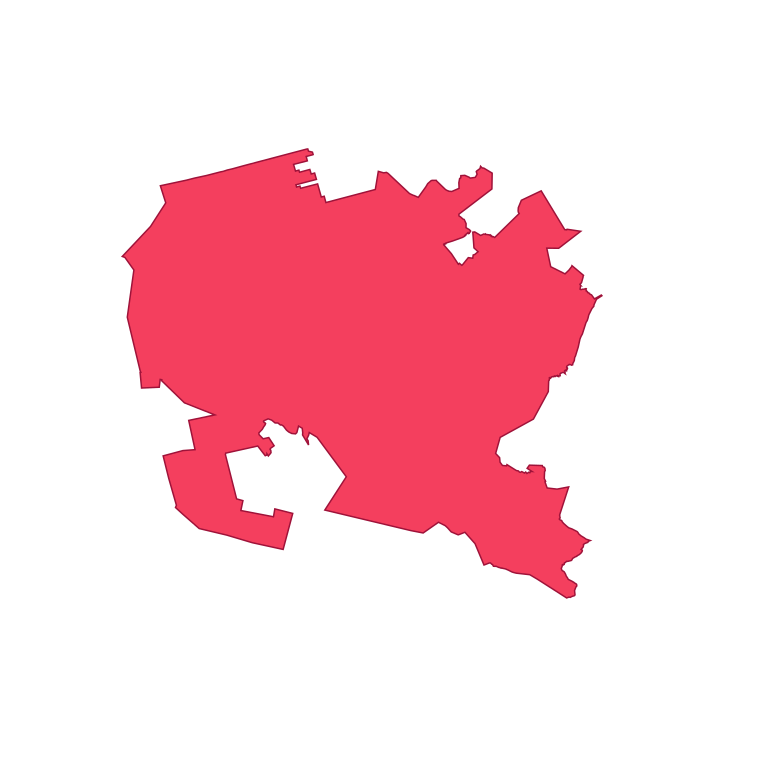 the district of Poanas, Durango, Mexico, rotated 158°
{"feature_id": "50627088B41464185473090", "entity_name": "Poanas", "entity_type": "district", "adm_level": 2, "iso_a3": "MEX", "parent_name": "Mexico", "parent_adm1": "Durango", "projection": "robinson", "projection_center": [-104.124, 24.035], "detail": "fine", "context": "isolated", "style": "filled", "palette": "rose", "viewbox_px": 768, "rotation_deg": 158, "n_neighbors": 0, "source": "geoboundaries", "source_scale": "gbopen_adm2", "svg_char_len": 6135}
<svg xmlns="http://www.w3.org/2000/svg" viewBox="0 0 768 768"><g transform="rotate(158 384 384)"><path d="M578.9,600.3L576.8,598.4L573.2,583.4L597.0,542.1L605.1,487.9L605.1,485.9L605.8,486.1L610.3,471.1L593.6,465.2L589.8,472.1L588.4,471.2L588.9,470.3L576.1,441.3L552.4,418.7L578.7,423.4L583.8,393.9L595.4,397.6L615.7,400.1L618.9,377.5L621.9,349.3L623.6,347.6L619.1,338.2L609.5,319.2L586.4,302.8L565.6,286.2L539.5,268.4L517.1,298.2L532.0,309.1L536.2,302.3L564.1,320.3L558.5,328.7L563.7,332.7L557.5,377.9L556.7,379.2L524.3,373.8L521.0,362.0L519.3,362.0L518.7,363.2L518.2,360.6L515.1,362.2L514.4,362.8L513.8,365.0L514.2,366.0L513.5,366.8L509.0,367.9L510.9,377.5L516.6,378.5L518.8,383.8L518.4,385.5L513.8,387.6L511.4,389.5L510.0,390.3L508.6,391.6L508.7,392.3L509.6,393.3L509.5,393.6L509.8,394.3L509.3,394.9L504.5,395.1L501.7,392.6L499.6,388.7L497.0,387.6L495.4,384.8L494.4,384.6L493.0,382.6L491.7,377.8L490.3,375.2L488.1,372.7L484.7,370.9L483.0,371.6L479.0,377.0L476.4,373.6L477.6,369.3L478.6,367.3L476.8,355.7L475.6,359.9L476.1,362.0L473.0,364.8L471.5,367.0L466.0,359.7L453.7,312.1L486.1,289.3L414.0,238.0L403.5,231.2L385.3,235.4L380.3,229.7L379.0,227.0L377.1,221.7L372.0,216.6L371.5,216.3L364.5,216.2L359.4,201.9L359.1,178.7L353.5,178.6L352.3,178.2L351.6,176.5L351.0,176.0L350.8,174.0L348.2,172.9L346.5,171.1L345.6,170.5L344.3,169.3L343.7,169.3L343.1,168.7L340.7,167.1L338.4,164.8L335.8,161.8L334.6,160.8L332.3,159.1L320.3,152.6L314.8,145.4L294.8,117.2L292.3,117.1L291.2,116.4L289.3,116.6L286.7,116.4L285.9,116.9L284.7,121.1L282.1,123.9L281.0,124.4L280.6,125.3L280.5,126.2L280.6,126.5L282.1,128.5L282.4,129.3L283.0,129.8L283.4,130.5L286.4,133.9L286.4,135.0L287.0,137.8L286.9,139.5L287.2,141.9L287.4,142.6L287.9,143.2L288.0,143.5L288.6,144.1L288.8,144.8L288.7,146.6L287.3,148.0L286.9,148.7L286.5,149.2L286.5,149.5L286.1,149.7L285.6,149.4L285.6,149.2L285.3,149.0L284.7,149.5L284.4,149.4L283.9,150.4L283.5,150.6L282.6,150.5L281.5,151.1L281.1,151.2L280.1,150.7L276.5,150.2L275.7,150.5L274.5,151.6L271.4,152.1L269.8,152.0L269.4,152.4L266.7,152.7L264.1,153.7L262.8,154.8L262.5,155.2L262.5,155.9L263.2,156.8L262.0,157.5L261.5,157.6L261.3,157.9L260.6,158.1L259.6,159.3L259.2,160.5L257.2,160.9L255.2,160.8L255.0,161.0L254.4,160.8L253.2,161.6L251.4,161.6L254.8,164.5L256.1,166.6L258.2,169.4L259.6,172.1L259.8,173.7L260.2,174.8L260.7,175.4L264.1,179.3L266.6,181.5L267.8,183.6L269.7,187.5L270.4,189.6L270.3,190.3L270.6,191.1L271.5,191.8L272.1,192.9L272.0,193.2L271.4,193.7L271.0,193.7L270.8,194.0L270.6,195.4L270.2,196.5L270.3,196.7L251.3,219.4L262.9,221.7L271.7,226.5L271.4,233.0L270.6,233.2L270.8,236.3L267.9,242.7L267.2,243.1L266.9,243.5L266.4,245.5L266.6,246.7L267.9,247.8L267.8,249.1L279.6,254.3L282.9,252.2L279.5,247.4L280.8,248.0L282.0,247.1L282.5,248.0L285.0,247.5L285.6,249.3L287.1,248.8L289.1,251.2L290.7,251.0L291.5,251.7L291.9,253.0L293.7,254.2L300.2,263.2L301.0,262.2L304.7,264.1L305.7,268.0L304.4,272.4L306.5,277.8L296.3,291.0L258.6,295.5L234.5,315.4L230.2,325.1L229.5,325.5L228.5,327.2L228.3,327.9L228.1,327.9L227.7,326.9L227.2,327.0L226.4,327.7L225.9,327.6L225.6,327.8L224.6,327.6L224.1,327.2L223.4,327.2L223.1,327.6L222.8,327.5L222.8,327.1L222.5,326.8L221.3,327.1L220.2,326.8L220.0,327.0L219.8,326.8L220.4,326.4L220.1,326.1L220.0,326.3L219.7,326.2L219.5,325.7L219.2,325.4L219.0,325.7L218.1,325.9L217.5,325.7L217.1,327.3L216.3,327.8L215.8,327.7L214.4,327.8L213.5,327.6L212.7,326.9L212.6,326.4L212.2,325.8L212.2,326.2L211.9,326.6L211.6,327.5L211.7,328.5L210.9,328.8L209.9,327.9L209.5,329.1L209.1,329.1L208.9,328.9L208.4,329.6L208.2,329.5L207.9,329.9L208.0,330.4L208.5,330.6L208.5,330.9L207.9,332.0L207.3,332.1L205.4,332.7L205.0,332.5L204.8,332.7L203.5,331.8L203.1,331.2L201.9,331.1L201.3,332.2L198.8,334.4L197.3,337.1L196.0,338.2L190.0,345.6L185.5,352.2L183.6,354.2L181.3,356.1L173.6,365.4L171.8,366.7L170.2,368.6L168.2,371.4L162.9,376.1L160.3,377.5L159.7,378.7L155.2,383.0L148.9,384.2L149.2,385.1L157.0,384.1L158.2,388.9L159.5,390.3L159.6,390.7L159.5,391.1L160.1,391.7L160.5,392.3L160.8,392.4L160.8,393.3L161.1,393.5L161.3,394.6L161.6,394.7L161.3,395.3L161.4,396.0L160.8,396.6L161.0,396.8L162.7,397.0L163.0,396.9L164.2,397.5L166.0,397.7L166.6,398.3L166.7,398.5L165.1,401.1L164.8,402.0L164.7,401.9L165.0,403.1L163.2,403.8L162.8,404.1L159.4,408.5L159.2,409.1L158.3,410.0L165.4,423.3L166.0,422.6L169.9,420.3L174.9,418.3L185.5,430.3L182.2,449.0L171.2,444.4L144.4,451.9L156.3,458.9L156.8,458.5L158.6,459.4L165.9,504.2L187.8,502.9L193.4,497.2L194.8,494.3L195.1,493.0L194.8,491.4L226.5,478.4L227.4,479.6L228.3,480.3L228.6,480.1L228.9,481.2L229.3,481.1L229.3,482.0L229.7,482.6L230.3,482.4L230.8,483.0L233.6,484.6L233.7,485.1L234.2,484.9L234.3,485.1L235.4,485.7L238.7,485.5L242.8,490.9L243.3,490.9L243.4,491.2L244.8,491.5L249.6,476.5L247.2,471.4L251.3,470.1L253.0,470.2L254.6,467.4L258.5,469.6L266.6,465.1L267.4,464.9L268.9,467.7L270.2,467.2L272.7,479.6L276.4,490.4L276.0,490.4L276.1,491.3L274.3,491.4L274.4,490.9L274.0,490.9L273.8,491.4L272.8,491.4L267.0,490.9L256.2,490.5L253.9,490.8L252.7,491.3L253.1,491.6L249.5,492.9L249.5,491.8L248.5,491.7L248.1,492.3L246.7,492.9L246.4,493.5L247.0,495.1L249.4,498.2L247.8,502.0L248.0,506.5L248.9,507.2L250.3,510.0L251.5,511.8L251.2,512.8L250.9,513.4L210.9,524.4L204.7,539.0L210.6,546.8L212.0,547.5L212.9,549.7L214.3,547.8L218.2,546.8L218.9,546.4L219.1,543.6L221.9,541.4L226.9,542.6L227.5,543.7L230.9,547.2L234.7,548.4L235.6,546.4L236.9,546.2L239.2,542.6L241.1,537.3L249.0,537.1L251.9,538.6L252.0,538.9L253.3,540.1L254.2,541.4L259.1,552.4L259.3,553.3L263.2,554.8L264.1,554.9L268.4,553.4L271.4,551.1L282.3,544.2L285.5,547.5L286.3,548.1L289.0,551.0L301.3,577.7L302.5,579.3L305.2,579.9L309.6,583.3L319.2,567.6L369.9,574.0L369.1,580.5L372.1,580.9L370.6,594.4L388.0,596.7L387.8,599.0L391.3,599.4L391.0,601.7L370.0,599.0L369.3,605.6L372.8,606.0L372.4,610.7L383.0,612.0L382.8,614.2L386.3,614.6L385.6,621.5L371.5,619.6L370.9,624.1L363.9,623.2L363.7,623.3L363.5,625.8L366.8,628.2L366.6,630.5L367.7,630.8L432.7,639.0L444.0,640.3L449.1,641.1L453.4,641.4L456.0,641.9L470.4,643.8L482.6,645.9L490.8,647.0L517.1,651.6L518.5,633.7L541.5,617.5L578.9,600.3Z" fill="#f43f5e" stroke="#9f1239" stroke-width="1.5"/></g></svg>